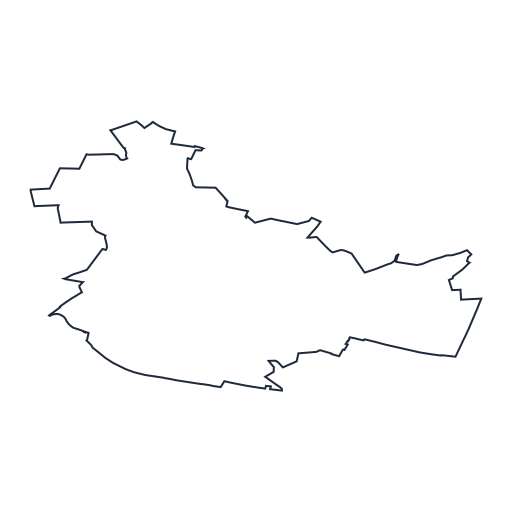 outline of Salaspils, Salaspils, Latvia
{"feature_id": "27541924B10713926826642", "entity_name": "Salaspils", "entity_type": "district", "adm_level": 2, "iso_a3": "LVA", "parent_name": "Latvia", "parent_adm1": "Salaspils", "projection": "robinson", "projection_center": [24.35, 56.87], "detail": "fine", "context": "isolated", "style": "outline", "palette": "slate", "viewbox_px": 512, "rotation_deg": 0, "n_neighbors": 0, "source": "geoboundaries", "source_scale": "gbopen_adm2", "svg_char_len": 5139}
<svg xmlns="http://www.w3.org/2000/svg" viewBox="0 0 512 512"><path d="M86.9,269.8L80.3,272.1L77.6,273.0L75.1,273.7L73.6,274.2L72.4,274.7L71.6,275.1L67.5,277.3L67.4,277.4L65.4,278.4L64.6,278.6L64.1,278.7L65.0,279.1L82.5,282.1L82.9,282.1L80.2,285.0L79.9,285.2L79.3,285.8L79.4,287.0L81.7,292.0L81.9,292.3L78.6,294.2L76.6,295.5L74.0,297.0L72.3,298.0L70.9,298.9L69.0,300.2L66.6,301.8L62.5,304.7L59.9,306.6L60.2,307.2L58.9,308.2L49.1,315.4L49.9,315.9L52.2,314.7L53.3,314.3L55.0,314.1L57.4,313.9L60.1,314.6L60.9,315.0L63.4,316.5L64.3,317.4L65.3,318.6L66.8,321.5L68.6,323.9L70.5,325.7L72.3,327.1L73.5,327.8L77.5,329.1L79.4,329.7L81.8,330.6L84.8,331.6L84.3,332.2L85.4,332.6L87.2,332.4L88.6,332.9L88.0,335.7L87.8,336.5L87.0,340.3L86.6,340.5L86.9,340.8L91.4,345.3L92.5,347.5L104.1,356.9L105.9,358.3L110.1,361.0L113.2,363.0L115.5,364.1L122.4,367.5L125.1,368.9L130.0,370.8L130.7,371.0L133.6,372.1L140.2,373.8L145.1,375.0L162.6,377.6L163.9,377.8L164.1,377.9L166.0,378.3L169.6,378.9L175.6,380.1L177.9,380.5L199.9,383.9L203.8,384.3L210.3,385.3L213.0,386.0L220.7,387.1L221.0,386.6L222.8,383.7L224.4,381.2L229.1,382.3L231.9,382.9L238.0,384.1L246.2,385.7L253.6,386.9L265.2,388.6L266.0,385.9L270.9,386.4L270.1,389.2L280.3,390.4L281.9,390.6L281.9,389.2L281.5,388.4L279.9,387.1L277.3,385.3L273.4,382.6L265.8,377.2L265.2,376.8L270.5,373.7L272.0,372.8L273.6,372.0L273.6,371.8L273.9,367.2L268.8,361.2L268.6,360.9L272.0,360.8L274.7,360.7L276.0,360.9L276.3,361.4L277.3,361.6L277.6,361.8L282.9,367.4L288.5,364.9L295.9,361.7L296.5,361.5L296.6,361.4L297.8,356.2L298.4,353.3L298.9,353.3L316.3,351.9L319.8,350.3L320.1,350.2L329.4,352.9L331.4,353.5L331.5,354.1L339.2,356.2L340.1,354.4L342.2,350.8L342.6,350.2L342.8,349.8L343.0,349.5L344.5,349.9L346.0,347.3L346.2,347.1L347.7,344.5L345.7,343.9L346.3,343.2L347.2,341.6L347.3,341.4L347.6,340.9L348.2,341.1L349.3,339.3L349.1,338.7L349.8,337.3L355.0,338.4L359.1,339.4L363.6,340.4L364.6,339.3L371.1,340.9L376.1,342.1L385.3,344.6L392.3,346.2L419.7,352.4L430.8,354.2L439.6,355.4L441.0,355.6L441.3,355.2L446.6,355.7L455.5,356.7L456.6,354.4L463.9,338.9L464.2,338.4L466.3,334.1L468.0,330.2L468.8,328.8L468.9,328.3L471.2,322.9L478.1,306.7L478.2,306.3L478.3,306.0L481.3,298.6L461.5,299.6L461.1,299.7L460.5,289.7L459.7,289.8L452.1,290.1L448.9,280.0L452.8,278.3L452.9,276.5L462.2,269.7L464.7,267.3L464.8,267.2L465.1,266.9L469.3,262.8L469.5,262.7L467.0,261.1L468.1,257.4L471.3,254.4L467.0,250.2L462.3,252.1L460.6,252.8L455.4,254.3L452.8,255.1L451.1,255.3L448.5,255.3L446.6,255.5L445.2,255.9L441.9,257.1L431.4,260.2L422.7,263.8L420.8,264.3L418.1,264.8L417.1,265.1L414.5,264.7L396.1,261.9L395.6,261.3L396.3,260.2L396.6,259.6L397.3,257.0L398.8,253.9L396.4,255.7L395.9,256.7L395.2,259.3L394.9,259.9L394.2,261.0L392.7,262.1L391.5,263.0L390.6,263.4L387.5,264.4L385.1,265.3L383.1,266.1L375.1,269.2L373.0,269.9L364.8,272.6L364.1,271.8L351.6,253.6L350.8,253.2L346.1,251.2L343.3,250.3L342.2,250.1L340.0,250.2L332.7,252.4L330.4,251.0L325.4,246.1L319.4,239.9L317.1,237.4L316.9,237.3L316.6,237.1L315.9,237.0L314.7,237.1L311.3,237.5L309.6,237.6L308.0,237.6L307.5,237.6L308.7,236.2L309.3,235.5L317.5,226.2L320.6,221.7L312.8,218.2L311.6,217.8L309.8,220.0L308.8,221.0L297.1,224.1L290.8,222.8L282.5,221.1L275.9,219.8L275.7,219.7L271.1,218.7L269.9,218.8L255.4,222.6L254.9,222.7L254.6,222.4L247.1,216.1L246.2,217.7L245.3,216.6L246.0,215.2L247.5,212.1L248.0,211.2L230.5,207.6L228.7,207.2L226.3,206.4L227.5,201.6L227.2,201.1L226.2,199.9L226.6,199.9L219.7,192.2L215.6,187.7L195.8,187.3L193.1,185.3L192.0,181.0L189.7,174.3L187.1,168.8L187.0,168.0L187.1,166.5L187.2,163.5L187.4,161.8L187.5,158.9L187.5,158.6L187.8,158.2L191.1,159.2L191.3,158.9L195.4,150.4L195.5,150.2L201.1,150.5L201.4,150.4L201.8,150.1L202.0,149.8L202.6,148.5L203.0,148.4L202.6,148.2L198.4,147.0L194.8,146.1L194.5,147.0L188.5,146.1L171.3,143.7L172.0,141.2L172.7,138.8L173.8,135.3L174.7,132.6L175.1,131.4L174.2,131.2L171.7,130.6L169.0,129.9L166.1,129.2L165.1,128.8L163.7,128.1L163.4,128.0L160.9,126.9L158.6,125.7L156.6,124.4L154.0,122.8L153.0,121.9L151.5,122.9L151.4,123.3L144.6,127.9L144.4,128.0L141.5,125.3L136.5,121.4L136.3,121.5L112.2,129.8L111.8,129.9L110.4,130.3L116.2,138.0L118.5,141.2L118.6,141.3L122.7,146.7L123.2,147.3L123.7,147.8L124.4,148.2L125.0,148.3L124.9,148.6L124.8,149.0L124.9,149.4L126.0,151.7L126.3,152.5L126.3,153.0L126.2,153.7L126.0,154.6L125.9,155.4L126.1,156.0L126.2,156.4L126.5,157.5L126.7,158.2L127.0,158.5L123.6,159.9L121.6,159.9L120.4,159.5L119.6,158.6L117.3,155.5L115.9,155.0L113.7,154.2L111.3,154.1L110.4,154.1L110.0,154.2L108.1,154.2L102.9,154.3L102.2,154.4L88.9,154.7L86.5,154.3L83.9,159.6L82.8,161.8L79.3,168.8L78.9,168.7L60.3,168.3L59.9,168.3L49.7,188.6L38.1,189.2L31.5,189.6L30.7,189.6L30.7,191.3L32.3,197.7L34.5,206.3L36.3,206.1L43.2,205.8L43.5,205.8L58.4,205.2L58.6,205.2L58.2,206.4L57.9,207.3L57.7,208.0L57.8,208.9L59.0,214.5L60.6,222.7L61.0,222.6L91.7,221.6L91.9,221.6L91.9,225.1L95.8,230.8L96.1,231.3L105.5,235.6L105.1,236.2L105.0,237.0L105.1,238.2L105.6,240.1L106.8,245.1L106.9,246.5L106.8,247.7L106.5,248.8L105.8,249.9L102.4,249.0L101.0,250.8L99.4,253.0L96.5,256.9L96.4,257.1L96.2,257.3L86.9,269.8Z" fill="none" stroke="#1e293b" stroke-width="2"/></svg>